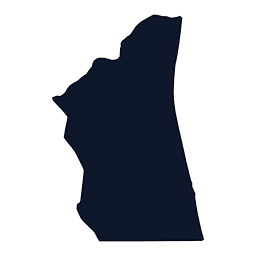 São João da Barra, Rio de Janeiro, Brazil
{"feature_id": "56859067B49763228552069", "entity_name": "São João da Barra", "entity_type": "district", "adm_level": 2, "iso_a3": "BRA", "parent_name": "Brazil", "parent_adm1": "Rio de Janeiro", "projection": "albers", "projection_center": [-41.074, -21.765], "detail": "fine", "context": "isolated", "style": "filled", "palette": "ink", "viewbox_px": 256, "rotation_deg": 0, "n_neighbors": 0, "source": "geoboundaries", "source_scale": "gbopen_adm2", "svg_char_len": 2081}
<svg xmlns="http://www.w3.org/2000/svg" viewBox="0 0 256 256"><path d="M203.2,239.1L202.0,234.8L201.0,231.4L200.2,227.9L199.5,225.0L198.9,222.3L198.1,218.5L197.6,216.0L197.0,213.4L196.5,210.5L195.7,206.1L195.4,203.6L194.4,197.2L194.6,193.8L191.5,186.5L191.5,183.1L190.2,180.0L189.5,177.0L188.6,173.9L187.9,170.6L187.0,167.2L186.2,163.8L185.6,161.5L185.1,158.7L184.4,155.9L183.7,152.4L182.8,148.5L182.2,146.1L181.8,143.9L181.2,141.1L180.4,138.2L180.0,136.0L179.3,132.9L178.4,129.4L177.8,126.6L177.3,124.3L176.9,122.1L176.5,119.8L175.9,117.2L175.3,114.4L174.7,111.1L174.3,107.9L173.8,104.8L173.5,101.8L173.2,98.3L173.1,95.5L173.0,93.0L173.0,90.3L173.1,87.8L173.2,85.4L173.4,83.0L173.4,80.4L173.6,77.5L173.8,75.3L174.0,72.7L174.3,69.1L174.6,65.7L175.2,62.3L175.9,59.4L176.3,57.0L176.8,54.5L177.2,51.5L177.8,48.2L178.2,45.4L178.7,42.6L179.0,39.4L179.4,36.7L179.9,33.0L180.2,30.2L180.5,27.3L180.9,24.1L181.1,21.3L181.5,18.2L179.9,16.6L177.6,17.5L174.0,18.2L171.2,18.4L169.1,17.9L167.1,17.1L165.0,16.9L162.3,16.9L158.3,15.8L156.0,15.4L153.5,15.4L150.1,17.2L145.9,19.6L142.3,21.6L139.4,23.8L136.2,26.9L134.2,29.9L132.3,32.9L130.0,35.7L127.6,37.0L125.9,38.7L124.0,40.2L122.3,41.5L121.3,43.8L121.6,46.0L120.7,49.1L120.6,52.8L120.3,56.8L118.4,59.0L116.3,60.1L112.2,60.7L108.1,59.5L104.6,58.6L99.5,58.4L97.3,59.0L94.4,61.1L93.2,63.9L92.7,66.5L91.1,68.4L86.6,74.6L81.6,78.0L78.1,81.2L73.6,83.7L70.3,85.9L68.0,88.6L65.8,92.6L63.3,95.0L60.3,96.7L56.7,96.4L52.8,98.1L53.9,100.5L55.5,102.2L57.1,103.9L58.5,105.5L60.5,107.5L64.3,111.7L68.2,116.5L68.0,118.7L67.6,120.9L66.8,124.5L65.9,129.0L64.9,135.0L64.5,137.3L66.4,139.8L69.0,143.2L72.1,146.9L75.8,152.0L77.8,156.0L80.1,160.6L83.6,167.6L84.5,170.1L84.3,172.8L83.7,178.3L83.2,182.6L82.9,184.9L81.8,194.9L81.4,197.8L81.1,200.7L79.9,203.3L77.8,204.3L77.2,208.6L78.3,211.2L79.1,213.2L81.5,218.1L82.8,219.8L84.5,221.6L87.0,224.1L90.7,227.7L93.5,230.4L95.1,232.2L96.9,235.7L98.4,238.5L99.7,240.6L127.2,240.6L135.5,240.6L152.7,240.5L165.9,240.4L190.6,240.3L199.3,240.1L201.4,240.3L203.2,239.1Z" fill="#0f172a" stroke="#020617" stroke-width="1.5"/></svg>